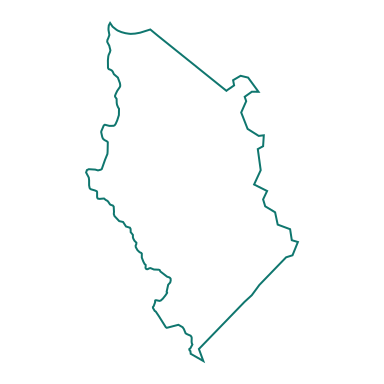 outline of Wayne, West Virginia, United States of America
{"feature_id": "52423323B4598026966549", "entity_name": "Wayne", "entity_type": "district", "adm_level": 2, "iso_a3": "USA", "parent_name": "United States of America", "parent_adm1": "West Virginia", "projection": "natural_earth1", "projection_center": [-82.507, 38.132], "detail": "fine", "context": "isolated", "style": "outline", "palette": "teal", "viewbox_px": 384, "rotation_deg": 0, "n_neighbors": 0, "source": "geoboundaries", "source_scale": "gbopen_adm2", "svg_char_len": 2611}
<svg xmlns="http://www.w3.org/2000/svg" viewBox="0 0 384 384"><path d="M190.7,353.8L203.3,361.0L198.9,349.0L244.5,301.9L251.8,295.2L259.4,284.9L286.1,257.3L292.5,255.3L297.9,242.0L291.8,240.2L290.1,229.2L277.7,224.6L275.1,212.3L265.2,206.3L263.1,199.4L267.1,191.0L254.1,184.5L260.7,170.2L257.8,149.1L263.1,146.2L263.8,135.3L258.7,135.9L247.6,128.9L241.2,112.5L246.2,101.2L244.7,96.8L251.9,91.7L258.5,91.8L248.1,77.6L240.6,75.8L233.1,80.2L234.1,85.4L227.4,90.0L226.4,90.8L175.1,49.6L158.3,36.1L150.3,29.5L140.1,32.7L135.1,33.6L130.6,33.9L128.8,33.7L125.5,33.2L121.4,32.1L117.8,30.6L116.5,29.8L112.6,26.7L110.1,23.0L108.8,25.4L108.5,28.2L108.5,30.0L109.4,35.0L108.1,38.6L107.5,39.7L107.2,41.4L107.4,42.3L109.3,45.8L109.5,46.7L110.4,50.3L109.9,52.2L108.7,54.8L108.3,56.3L107.9,60.3L108.0,67.9L108.7,69.1L110.6,69.8L111.9,70.6L112.7,71.6L113.9,74.2L117.9,77.6L118.3,78.8L119.9,83.1L120.2,84.9L120.2,86.1L119.8,87.1L117.2,90.9L115.8,93.8L115.0,95.9L115.1,96.7L116.6,98.9L116.7,102.8L117.0,104.7L118.0,107.2L119.0,108.8L118.9,115.1L117.2,120.4L115.6,124.0L114.6,125.3L113.6,125.8L109.4,125.9L105.1,124.8L104.9,124.8L104.6,124.8L103.7,125.6L101.3,131.3L101.2,132.2L102.2,136.8L102.9,138.6L104.4,140.0L106.9,141.3L107.8,142.2L107.6,151.8L107.4,154.0L105.1,159.6L101.8,169.0L100.8,169.7L98.0,170.4L95.2,169.6L88.8,169.2L86.9,170.1L86.1,172.5L88.8,177.6L89.1,180.3L89.1,185.3L89.6,187.9L90.0,188.6L91.0,189.3L94.8,190.4L96.7,191.2L97.1,192.0L97.1,197.1L97.5,198.2L97.9,198.6L99.5,198.9L104.0,198.5L105.8,200.0L107.0,200.6L108.0,201.4L110.0,204.4L110.9,204.9L112.8,205.5L113.7,206.6L114.0,211.8L113.8,214.0L114.5,216.1L119.2,221.1L123.1,222.0L126.0,226.5L129.9,227.7L130.6,229.0L130.7,232.2L131.7,233.4L132.9,234.9L132.9,237.4L133.3,238.6L134.5,240.8L136.4,242.7L136.3,244.1L135.6,245.8L135.8,247.2L137.5,250.2L139.6,252.2L141.2,252.9L141.8,253.6L141.8,257.6L143.3,261.5L144.6,264.0L145.6,264.8L145.7,266.0L145.5,267.6L145.7,268.3L146.4,269.1L147.6,269.2L149.3,268.3L150.5,268.1L153.9,269.5L158.6,269.7L159.6,270.0L160.4,271.5L167.1,276.7L169.3,277.4L170.0,277.9L170.6,278.7L170.7,280.5L170.2,282.5L168.2,284.7L166.6,291.9L167.1,292.4L167.1,292.9L165.5,295.3L162.8,298.7L160.8,300.5L159.5,300.9L156.1,300.2L155.4,300.3L155.1,300.8L155.1,302.3L153.7,306.1L152.9,307.1L153.0,308.0L154.7,310.9L155.8,311.6L159.3,316.8L159.7,317.5L165.8,327.2L166.7,327.8L167.3,327.7L178.4,324.8L182.6,327.2L183.9,329.1L185.6,333.3L187.1,334.2L190.6,335.7L191.4,336.8L191.7,337.8L191.6,341.9L191.9,343.5L192.4,344.5L190.3,348.4L189.4,348.9L189.3,349.7L189.7,350.5L190.4,351.1L190.7,353.8Z" fill="none" stroke="#0f766e" stroke-width="2"/></svg>